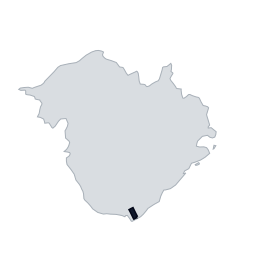 Sampov Lun, Batdâmbâng, Cambodia shown in context, rotated 244°
{"feature_id": "14789045B67419263387290", "entity_name": "Sampov Lun", "entity_type": "district", "adm_level": 2, "iso_a3": "KHM", "parent_name": "Cambodia", "parent_adm1": "Batdâmbâng", "projection": "natural_earth1", "projection_center": [102.379, 13.419], "detail": "fine", "context": "in_parent", "style": "filled", "palette": "ink", "viewbox_px": 256, "rotation_deg": 244, "n_neighbors": 0, "source": "geoboundaries", "source_scale": "gbopen_adm2", "svg_char_len": 3018}
<svg xmlns="http://www.w3.org/2000/svg" viewBox="0 0 256 256"><g transform="rotate(244 128 128)"><path d="M210.6,46.7L211.1,48.7L209.8,52.7L208.3,56.3L205.6,59.4L205.5,61.7L204.6,68.6L205.0,70.8L205.6,72.6L206.5,73.7L208.9,80.4L211.1,86.5L213.3,91.5L213.7,94.7L211.8,102.7L209.5,110.1L209.7,113.8L210.7,117.5L211.8,122.4L212.2,128.7L211.7,132.8L210.7,135.4L208.7,138.0L207.0,139.3L204.9,137.1L203.3,137.0L201.1,137.7L199.4,138.7L195.9,142.5L192.0,146.2L186.6,147.2L184.6,150.0L182.3,150.3L178.0,150.5L175.3,151.1L175.4,152.5L175.2,159.1L175.3,160.6L174.8,161.0L172.9,161.2L169.6,160.2L165.2,158.6L162.1,158.3L160.4,161.2L159.5,162.3L158.3,162.5L157.0,163.0L156.6,164.3L156.5,165.9L157.1,168.6L157.4,172.9L157.2,175.9L158.4,177.8L165.2,184.1L167.2,185.6L167.4,186.6L166.2,190.0L167.3,194.8L165.2,194.7L161.6,192.7L160.0,191.4L157.9,192.4L157.2,192.2L155.8,189.8L154.0,187.4L152.1,187.3L148.2,188.2L144.2,188.9L142.6,188.9L142.0,189.3L139.7,192.9L138.7,192.3L134.6,190.9L130.9,190.4L130.2,191.3L130.6,194.3L131.5,197.1L131.0,198.3L129.0,199.9L126.3,202.6L124.6,204.7L123.5,205.2L119.4,205.1L115.3,205.4L113.7,207.4L112.2,208.9L110.8,209.3L105.5,204.4L94.9,202.7L93.8,200.5L92.8,200.1L91.8,202.9L86.0,205.6L83.6,204.0L81.8,202.0L82.0,199.6L83.7,197.6L86.6,196.2L87.9,191.2L85.7,184.8L83.8,183.0L81.7,181.5L79.6,183.9L77.8,187.9L75.9,190.0L73.3,190.5L69.4,190.3L67.9,184.3L67.4,179.1L67.9,173.1L68.5,169.6L64.8,164.8L64.6,160.1L62.8,157.8L62.2,159.0L62.3,160.3L61.8,159.3L55.9,145.8L54.9,139.5L55.9,134.6L56.5,133.0L54.8,130.5L52.4,127.6L48.2,123.8L47.9,117.8L47.0,110.7L45.7,108.3L43.8,104.0L42.7,100.4L42.3,90.8L42.9,90.1L45.9,89.8L49.7,89.1L50.3,87.5L49.6,86.3L52.1,84.1L55.6,79.4L58.3,74.4L60.3,71.3L61.4,68.2L65.4,63.8L70.8,60.8L74.5,60.1L78.4,59.0L82.1,57.6L83.8,57.4L88.4,59.2L90.9,59.7L93.5,59.6L96.2,59.8L98.5,59.6L104.1,58.4L110.1,59.4L115.4,58.6L121.9,57.2L125.2,58.1L128.1,59.5L128.5,62.4L129.2,63.7L130.2,64.8L131.5,64.8L133.2,62.7L134.6,60.6L135.0,60.3L135.1,61.3L135.8,63.6L137.1,65.8L138.4,67.3L140.5,69.2L141.9,69.3L146.3,67.5L153.1,70.2L153.9,71.5L156.1,74.3L158.5,76.2L163.7,76.4L165.6,71.5L164.6,68.6L161.6,63.4L160.8,60.4L161.8,59.8L166.8,59.3L167.6,58.7L168.8,55.3L170.1,55.7L173.0,56.1L175.9,53.9L177.7,51.5L178.6,52.6L179.7,54.2L180.9,55.2L183.0,56.7L185.4,58.7L186.8,60.7L188.0,61.5L191.0,60.9L191.8,61.0L193.6,58.6L194.8,57.3L195.9,57.6L197.4,57.6L200.5,54.5L202.3,51.7L203.3,50.9L206.1,52.3L207.2,52.0L208.8,48.2L210.6,46.7ZM65.9,176.3L65.3,176.6L64.8,176.6L64.2,176.0L64.3,173.9L64.7,172.5L65.6,172.3L65.9,176.3ZM74.8,197.7L73.6,199.2L71.7,196.2L71.7,195.3L74.8,197.7Z" fill="#d9dde1" stroke="#a8b0b8" stroke-width="1"/><path d="M54.2,93.1L51.3,93.2L48.7,93.2L48.1,93.2L47.0,93.2L45.6,93.2L44.6,93.2L43.6,93.2L43.5,93.3L43.6,93.5L43.5,93.8L43.5,94.0L43.6,94.3L43.6,94.5L43.6,94.8L43.6,95.0L43.7,95.3L43.6,95.5L43.6,95.8L43.7,96.0L43.6,96.3L43.5,96.5L44.7,96.7L44.7,97.7L48.1,97.6L54.3,97.6L54.3,96.9L54.3,95.0L54.2,93.6L54.2,93.1Z" fill="#0f172a" stroke="#020617" stroke-width="1.5"/></g></svg>